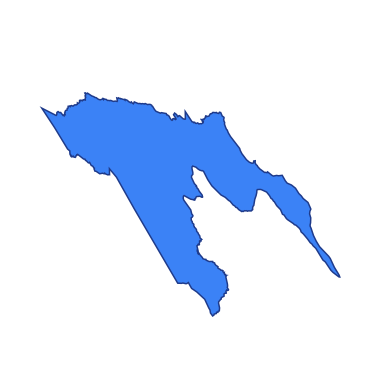 Langanesbyggð, Norðurland eystra, Iceland, rotated 65°
{"feature_id": "244011B59191424948734", "entity_name": "Langanesbyggð", "entity_type": "district", "adm_level": 2, "iso_a3": "ISL", "parent_name": "Iceland", "parent_adm1": "Norðurland eystra", "projection": "natural_earth1", "projection_center": [-15.117, 66.073], "detail": "fine", "context": "isolated", "style": "filled", "palette": "blue", "viewbox_px": 384, "rotation_deg": 65, "n_neighbors": 0, "source": "geoboundaries", "source_scale": "gbopen_adm2", "svg_char_len": 6038}
<svg xmlns="http://www.w3.org/2000/svg" viewBox="0 0 384 384"><g transform="rotate(65 192 192)"><path d="M52.5,292.7L75.8,289.3L100.5,286.6L103.1,285.4L106.1,286.6L107.0,286.6L106.6,286.3L108.1,286.1L109.2,286.3L109.6,285.2L109.2,284.6L110.3,284.4L111.1,283.4L110.9,283.3L111.1,282.7L110.1,281.7L110.1,280.8L109.5,280.6L109.5,279.8L109.8,279.6L116.3,276.3L117.1,275.1L118.4,275.2L118.7,274.7L121.8,273.6L122.3,272.6L122.1,272.3L125.4,272.1L126.7,271.0L128.7,270.8L129.2,270.4L129.8,271.0L132.0,271.2L132.7,270.2L136.5,267.9L137.2,265.1L138.4,263.9L138.0,263.2L139.4,262.5L141.0,260.9L140.9,260.4L141.5,259.4L136.0,257.0L146.6,254.2L183.4,251.4L268.6,243.5L270.4,240.0L270.6,238.8L272.6,236.2L272.8,235.2L272.5,233.6L279.2,233.1L284.6,229.9L294.6,225.8L304.2,225.8L306.6,225.6L309.5,226.4L313.1,225.7L312.8,224.1L312.0,223.5L312.4,221.3L311.4,220.6L312.0,219.4L311.2,218.9L311.3,217.5L308.7,216.0L304.0,214.9L302.7,214.2L302.0,212.5L301.3,211.5L301.4,210.8L300.1,210.0L300.0,207.0L298.0,206.1L297.7,205.4L298.1,203.7L296.4,203.2L295.5,202.0L296.2,201.6L296.3,200.5L296.0,200.2L293.5,200.4L292.3,199.5L290.4,198.8L283.1,197.2L282.8,196.7L282.0,196.8L282.0,196.2L281.6,196.8L280.8,196.5L280.5,197.2L279.2,197.2L278.5,196.7L278.4,197.2L277.5,197.6L276.8,197.5L276.6,197.2L276.0,197.5L275.4,198.1L275.2,198.8L274.0,199.2L272.1,200.6L271.3,200.5L270.8,200.0L269.4,200.7L269.1,201.1L267.1,201.7L265.8,201.5L264.6,202.8L263.7,202.6L263.1,202.6L263.6,202.8L262.2,205.9L260.0,207.8L258.2,208.0L259.2,208.2L258.9,208.4L258.6,208.2L258.8,208.5L257.1,210.3L255.8,210.3L252.3,211.3L248.9,211.7L250.1,212.0L251.8,211.9L250.8,212.5L249.6,212.6L248.8,211.9L247.7,212.3L246.6,211.6L248.6,211.5L242.9,210.3L242.6,209.0L242.2,208.8L242.9,208.0L242.7,207.5L241.6,207.4L241.1,206.4L240.4,205.9L239.7,206.0L239.5,205.3L240.2,204.6L239.2,203.8L239.1,203.2L237.1,204.1L235.0,203.5L233.0,203.9L231.5,203.8L229.6,204.4L228.1,203.9L226.7,204.0L224.9,204.7L224.2,204.5L223.3,204.7L222.0,204.0L220.2,204.7L218.9,204.3L217.4,204.6L215.1,203.7L214.9,202.5L214.2,201.4L213.6,201.1L211.7,201.5L207.7,200.7L195.8,202.9L193.9,202.6L192.2,201.6L191.9,200.7L197.9,196.3L199.6,194.0L200.3,193.5L200.4,193.0L199.7,192.7L200.0,192.4L199.4,192.0L199.3,191.4L198.4,190.5L198.1,189.8L199.2,186.7L200.9,185.3L201.1,184.9L201.0,184.5L199.0,184.1L194.4,185.1L191.7,185.2L190.9,185.7L189.3,185.5L188.6,185.9L188.2,185.4L185.4,186.3L178.6,186.3L177.1,185.5L176.4,183.8L174.7,183.0L170.7,182.1L169.3,181.4L168.8,180.4L171.2,177.9L173.6,176.9L175.6,175.6L177.0,174.0L177.0,173.6L178.1,172.8L187.4,172.5L194.9,171.4L206.9,167.0L210.9,164.1L215.1,162.4L216.5,161.4L221.2,160.2L222.6,159.2L224.5,158.7L225.1,157.9L227.7,157.1L230.7,155.2L230.6,154.7L231.3,153.9L231.2,152.2L231.9,151.1L231.9,150.7L232.9,149.7L232.9,148.9L234.2,146.3L233.9,145.2L233.4,144.8L233.5,144.4L232.0,143.8L230.8,142.8L230.3,141.7L225.3,138.3L222.3,135.4L219.8,133.5L218.2,132.7L217.4,131.8L218.4,129.2L219.2,128.1L223.6,124.4L228.2,123.3L231.2,123.1L232.4,122.3L234.7,122.0L235.6,121.5L240.2,121.0L245.4,119.2L250.4,119.4L251.8,118.3L255.9,117.7L257.4,117.1L263.6,113.4L264.8,113.1L266.0,111.8L270.4,110.0L272.5,109.7L274.2,110.0L277.1,108.8L283.5,107.1L287.9,106.3L289.9,105.3L291.9,105.0L295.4,103.6L309.0,102.1L311.8,100.7L321.6,99.2L324.4,98.2L329.8,95.4L331.2,94.6L331.5,94.0L329.3,93.8L320.4,94.8L310.7,94.8L308.0,95.3L295.5,99.5L289.1,100.2L282.9,100.3L275.1,99.4L273.2,99.4L271.9,99.0L270.1,97.6L265.6,95.3L261.5,94.7L259.3,93.3L257.7,91.5L250.5,91.3L244.9,94.0L241.7,94.6L238.6,95.8L232.3,96.6L227.7,98.9L224.2,102.0L221.3,102.7L215.0,103.2L213.9,106.6L212.7,108.4L212.0,111.4L210.9,112.4L205.7,115.0L206.2,115.9L205.4,116.8L204.9,118.0L199.7,120.8L196.7,121.7L195.6,121.7L194.1,122.4L192.1,122.4L190.4,121.5L190.0,123.0L191.6,124.0L191.4,125.4L189.3,127.4L185.8,129.0L178.3,130.6L174.6,130.7L172.7,130.4L157.9,133.7L153.6,134.1L150.7,133.9L149.8,134.3L147.4,134.2L144.3,133.9L142.7,133.0L141.5,133.1L139.5,132.6L138.4,131.6L137.7,131.5L135.9,132.5L132.1,132.4L131.3,133.4L132.1,134.6L131.1,135.9L130.1,136.4L130.1,137.1L128.7,139.4L129.2,141.0L128.9,142.4L130.4,144.6L130.1,146.0L128.8,147.3L129.2,147.9L130.3,148.1L130.3,148.9L131.3,150.4L130.6,151.0L131.0,151.9L130.7,152.8L131.4,152.5L131.0,152.5L131.3,152.3L132.2,152.3L132.1,152.1L132.4,152.0L132.1,151.9L132.9,151.9L133.5,152.5L131.5,152.8L133.5,152.6L134.0,153.3L134.2,154.4L133.6,155.4L133.2,157.0L131.8,157.6L131.7,159.0L131.2,159.8L129.9,160.1L129.9,161.1L129.0,161.4L128.4,162.3L116.2,164.1L123.1,167.2L123.0,167.8L121.9,169.1L117.5,171.0L117.3,171.7L117.8,172.8L117.7,173.1L115.4,173.2L113.1,174.4L114.2,176.1L118.3,175.5L119.3,175.8L119.4,176.3L117.7,177.4L117.6,178.5L118.5,179.2L118.6,179.8L117.8,180.3L115.5,180.7L113.6,180.7L111.8,181.6L111.5,182.2L110.0,182.2L107.1,186.3L107.2,187.3L103.7,190.5L101.5,191.1L97.8,191.5L97.6,191.8L96.3,191.9L95.2,192.6L94.4,193.8L94.0,195.3L92.0,197.1L92.1,197.9L90.8,199.8L90.7,200.7L89.8,201.7L89.1,203.4L86.0,206.2L86.7,206.7L86.6,207.4L87.2,207.9L86.3,208.6L84.7,208.9L85.0,210.0L83.0,211.4L81.8,211.7L79.9,213.4L80.5,213.9L79.4,214.3L79.2,215.0L77.6,216.7L77.5,217.2L76.9,217.4L76.6,218.1L75.6,218.9L76.0,219.4L75.0,220.4L77.9,221.1L78.3,221.6L77.2,223.1L76.6,225.1L74.6,227.0L74.6,227.8L73.9,228.5L73.4,229.8L71.6,230.8L71.2,231.8L70.2,232.5L70.8,233.2L69.6,233.4L69.9,234.0L69.7,236.2L68.5,237.6L66.0,239.0L65.1,240.2L64.2,240.6L62.5,242.3L58.4,244.8L58.7,245.1L58.0,246.2L57.1,246.7L57.0,247.3L58.8,247.3L59.9,247.9L59.8,248.3L61.5,248.5L61.8,249.1L63.5,249.8L62.8,250.6L62.9,251.1L62.4,251.6L63.0,252.7L62.2,253.3L62.3,254.2L61.5,254.5L61.5,255.2L63.4,256.2L63.6,257.8L62.8,258.2L64.1,259.0L64.2,259.7L63.4,261.8L63.9,263.1L63.4,264.2L62.8,264.5L62.6,265.7L63.1,266.3L62.3,266.6L62.1,267.2L62.4,267.7L62.1,268.1L63.4,268.8L63.8,269.4L63.6,269.8L65.0,270.7L64.7,271.9L65.3,273.0L66.0,273.1L66.5,274.0L68.3,274.3L67.9,275.0L68.8,275.7L68.0,276.0L68.1,276.5L64.4,277.4L64.0,278.6L62.5,279.4L62.8,280.8L64.9,282.0L65.2,282.8L52.5,292.7Z" fill="#3b82f6" stroke="#1e3a8a" stroke-width="1.5"/></g></svg>